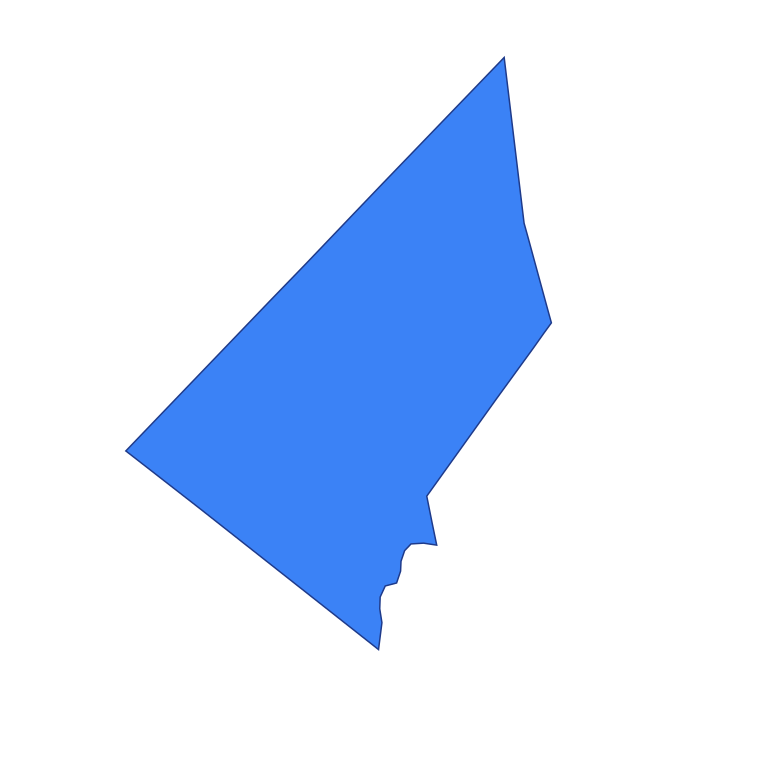 Severiano Melo, Rio Grande do Norte, Brazil, rotated 332°
{"feature_id": "56859067B49050380143436", "entity_name": "Severiano Melo", "entity_type": "district", "adm_level": 2, "iso_a3": "BRA", "parent_name": "Brazil", "parent_adm1": "Rio Grande do Norte", "projection": "albers", "projection_center": [-37.976, -5.776], "detail": "fine", "context": "isolated", "style": "filled", "palette": "blue", "viewbox_px": 768, "rotation_deg": 332, "n_neighbors": 0, "source": "geoboundaries", "source_scale": "gbopen_adm2", "svg_char_len": 531}
<svg xmlns="http://www.w3.org/2000/svg" viewBox="0 0 768 768"><g transform="rotate(332 384 384)"><path d="M124.6,321.9L133.3,341.3L162.1,405.7L254.5,615.9L270.1,593.8L274.7,580.5L280.6,570.3L290.3,562.9L301.7,565.6L310.8,557.0L315.8,548.5L324.0,540.8L332.8,537.9L344.2,543.1L354.9,551.0L361.4,528.8L369.1,503.1L475.9,450.1L531.9,422.8L549.4,414.0L560.5,408.6L563.5,395.1L580.0,322.2L583.2,307.7L643.4,152.1L477.4,206.2L438.2,219.1L371.4,241.2L321.9,257.2L124.6,321.9Z" fill="#3b82f6" stroke="#1e3a8a" stroke-width="1.5"/></g></svg>